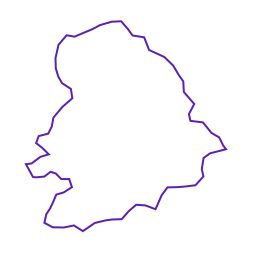 Muju-gun, North Jeolla, South Korea, rotated 274°
{"feature_id": "91817680B53198155341948", "entity_name": "Muju-gun", "entity_type": "district", "adm_level": 2, "iso_a3": "KOR", "parent_name": "South Korea", "parent_adm1": "North Jeolla", "projection": "natural_earth1", "projection_center": [127.7, 35.921], "detail": "fine", "context": "isolated", "style": "outline", "palette": "violet", "viewbox_px": 256, "rotation_deg": 274, "n_neighbors": 0, "source": "geoboundaries", "source_scale": "gbopen_adm2", "svg_char_len": 1034}
<svg xmlns="http://www.w3.org/2000/svg" viewBox="0 0 256 256"><g transform="rotate(274 128 128)"><path d="M216.2,60.3L206.2,52.9L192.8,50.8L182.5,51.8L174.3,54.9L168.1,59.1L163.0,68.3L153.8,70.4L144.5,61.1L133.2,52.9L124.0,51.8L116.8,48.8L113.7,39.5L106.5,37.4L102.4,43.6L96.2,50.8L93.1,42.6L85.9,34.3L84.8,28.7L72.4,36.7L72.4,40.0L73.7,47.9L78.9,53.8L77.6,59.1L72.4,65.0L73.0,72.9L65.1,76.2L59.2,68.3L56.6,61.1L48.7,58.4L42.1,55.8L36.2,52.5L27.6,51.2L23.7,59.8L24.3,71.0L27.0,80.9L22.0,90.2L31.0,101.6L34.4,112.6L35.6,118.5L36.6,128.1L44.8,134.3L52.0,141.5L52.0,150.8L48.9,161.1L63.3,166.3L71.5,171.5L72.5,181.8L73.5,188.4L73.6,189.0L75.6,199.3L84.9,206.6L92.1,204.5L103.4,205.5L108.5,211.7L113.7,227.3L117.1,224.2L125.0,219.6L128.9,211.6L138.8,202.4L139.5,189.8L146.1,187.8L156.6,192.4L167.8,181.2L178.3,179.9L184.9,174.6L193.4,168.7L201.3,159.4L207.3,143.6L219.6,137.8L220.6,126.1L226.8,120.9L234.0,113.7L232.9,104.4L228.8,93.1L223.7,84.8L219.6,76.6L215.4,68.3L216.2,60.3Z" fill="none" stroke="#5b21b6" stroke-width="2"/></g></svg>